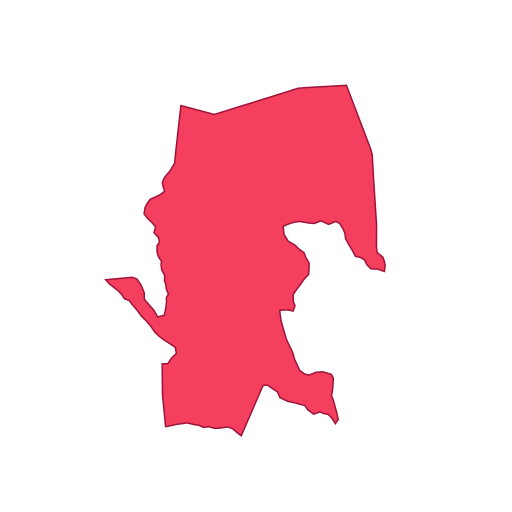 Três Rios, Rio de Janeiro, Brazil (Natural Earth projection), rotated 110°
{"feature_id": "56859067B77014289241824", "entity_name": "Três Rios", "entity_type": "district", "adm_level": 2, "iso_a3": "BRA", "parent_name": "Brazil", "parent_adm1": "Rio de Janeiro", "projection": "natural_earth1", "projection_center": [-43.076, -22.12], "detail": "fine", "context": "isolated", "style": "filled", "palette": "rose", "viewbox_px": 512, "rotation_deg": 110, "n_neighbors": 0, "source": "geoboundaries", "source_scale": "gbopen_adm2", "svg_char_len": 2326}
<svg xmlns="http://www.w3.org/2000/svg" viewBox="0 0 512 512"><g transform="rotate(110 256 256)"><path d="M226.6,130.0L220.8,131.4L217.2,133.5L213.7,136.4L211.3,143.3L207.0,145.6L185.9,153.2L143.0,172.0L120.9,181.5L115.8,185.2L64.7,229.4L81.2,267.9L84.1,274.0L89.1,280.5L92.5,284.9L137.3,343.7L140.3,378.0L170.6,370.7L182.5,367.8L190.9,365.7L196.6,364.2L201.8,365.2L206.5,366.2L210.2,367.8L214.7,369.0L219.0,369.2L222.8,366.9L226.4,364.0L231.3,367.2L235.1,370.9L238.7,374.7L244.2,376.4L248.4,376.8L254.7,375.6L257.8,370.7L259.7,366.2L262.9,360.4L269.0,359.8L272.1,353.9L276.0,351.5L280.2,352.5L283.7,351.3L287.2,349.7L290.4,347.1L293.1,343.2L297.0,342.1L301.5,339.7L305.7,335.0L310.1,333.8L313.4,331.2L318.0,328.8L321.7,325.3L325.9,326.0L329.7,324.4L335.9,322.9L343.1,322.0L346.9,327.7L342.1,333.1L339.3,338.1L337.4,341.7L334.9,346.1L328.7,348.5L325.7,351.2L322.1,354.7L318.4,360.1L318.3,365.0L329.7,389.1L332.2,384.7L334.1,378.9L336.0,373.2L338.6,368.3L341.2,365.0L341.2,360.0L344.6,354.6L347.9,348.7L351.9,342.8L354.5,336.9L358.6,330.0L362.4,324.6L364.5,319.7L366.2,314.4L367.2,309.9L368.2,305.5L369.6,300.5L374.9,297.5L380.3,300.3L387.4,302.1L389.4,307.3L418.2,296.5L447.3,282.6L444.1,277.3L441.4,273.3L439.1,268.6L436.4,263.7L435.6,256.5L434.6,251.7L435.0,246.9L432.6,241.9L432.0,235.6L429.6,230.1L426.3,224.2L426.3,218.8L428.3,213.7L430.0,208.4L375.3,205.1L373.3,201.1L374.9,195.4L376.3,189.5L380.9,185.0L381.7,176.6L380.7,169.2L380.3,164.1L379.7,159.1L382.8,154.8L384.9,147.7L380.7,142.7L380.9,138.3L380.1,134.0L382.5,129.1L386.4,124.1L381.5,122.9L375.8,126.4L365.8,133.5L361.2,137.3L355.4,138.3L344.4,141.5L341.4,144.8L342.0,153.6L344.8,160.0L349.6,165.2L350.3,169.9L348.5,175.8L339.8,184.5L334.1,188.5L328.3,194.5L324.1,198.7L321.0,201.1L316.9,204.1L311.5,208.0L307.5,210.8L298.9,215.2L295.9,208.1L295.0,202.3L289.4,202.3L286.1,205.3L279.5,207.9L272.2,206.0L268.6,204.8L260.8,202.7L255.5,200.3L250.3,201.6L244.5,203.7L240.4,208.6L236.5,212.0L234.5,218.8L232.5,222.8L231.1,230.8L226.0,237.2L218.8,240.5L215.2,236.9L210.8,231.1L208.5,226.4L207.1,218.5L205.6,212.5L200.8,207.0L201.4,198.5L196.2,192.8L196.8,188.5L200.8,183.4L204.2,180.3L209.1,177.7L213.5,172.8L217.6,167.6L222.3,162.4L221.6,157.6L222.6,152.7L226.0,149.2L228.7,143.7L226.7,136.8L226.6,130.0Z" fill="#f43f5e" stroke="#9f1239" stroke-width="1.5"/></g></svg>